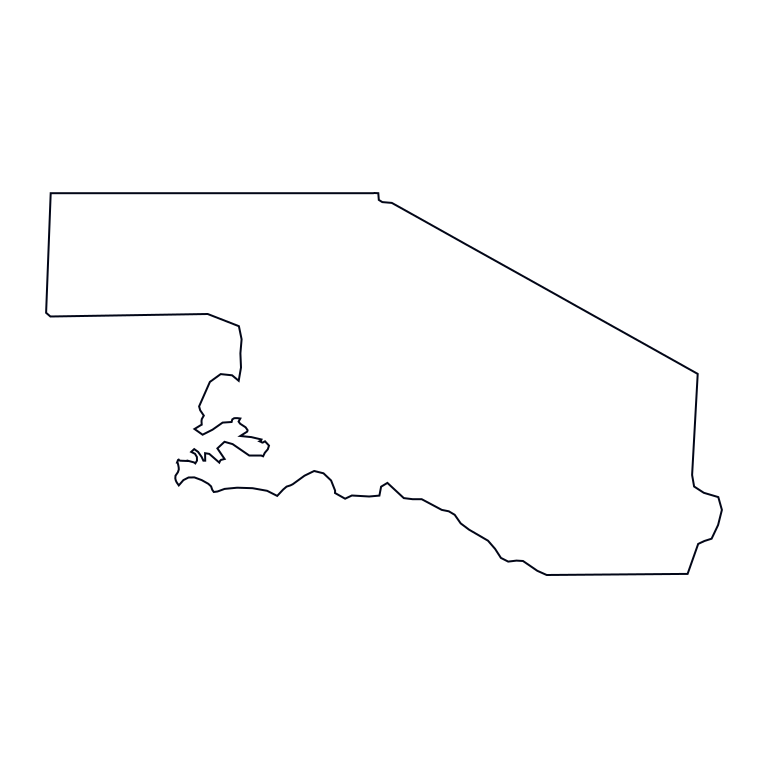 an SVG outline of Mara
{"feature_id": "TZA-3394", "entity_name": "Mara", "entity_type": "Region", "adm_level": 1, "iso_a3": "TZA", "parent_name": "United Republic of Tanzania", "parent_adm1": "", "projection": "orthographic", "projection_center": [33.712, -1.747], "detail": "fine", "context": "isolated", "style": "outline", "palette": "ink", "viewbox_px": 768, "rotation_deg": 0, "n_neighbors": 0, "source": "natural_earth", "source_scale": "10m", "svg_char_len": 2161}
<svg xmlns="http://www.w3.org/2000/svg" viewBox="0 0 768 768"><path d="M374.3,193.0L378.3,193.2L378.8,199.9L382.3,202.1L391.8,202.9L411.0,213.6L466.0,244.4L521.1,275.1L562.6,298.3L576.1,305.9L631.1,336.6L686.1,367.4L697.7,373.9L697.7,374.0L692.1,475.0L694.1,486.5L703.8,492.8L718.3,497.1L721.9,509.9L718.1,525.0L711.6,538.7L704.4,541.0L698.2,543.9L687.6,573.9L546.7,575.0L537.3,570.8L523.0,561.0L516.5,560.6L508.2,561.6L500.9,557.9L495.1,548.9L488.0,540.7L469.1,529.7L460.7,523.4L454.7,514.8L448.8,511.3L441.8,509.9L421.7,499.2L412.7,499.2L403.8,498.1L387.4,482.9L381.1,486.7L379.4,495.6L369.2,496.5L351.9,495.5L345.1,498.7L335.0,493.0L335.1,490.6L331.1,480.5L323.5,473.3L314.1,471.0L304.5,475.7L292.8,484.2L290.4,485.4L286.6,486.6L283.2,489.5L277.2,495.9L267.1,490.8L252.6,488.2L237.2,487.7L224.6,488.9L217.5,491.5L213.8,492.0L212.2,489.7L211.1,486.4L208.3,483.8L201.7,480.1L194.4,477.4L188.5,477.5L183.4,480.1L178.8,485.4L176.7,482.4L175.8,480.5L175.3,478.4L175.5,475.7L177.9,472.2L178.8,469.5L178.7,467.5L178.2,464.8L177.6,462.7L177.0,462.6L178.1,459.9L178.7,459.6L179.3,460.4L180.5,460.7L187.7,461.0L187.7,460.7L194.0,462.4L195.3,463.4L197.0,460.6L196.9,457.0L195.0,453.8L191.2,451.9L194.2,449.1L198.1,451.9L201.6,456.9L203.4,460.7L205.2,460.7L205.1,453.2L209.3,453.9L219.3,462.6L220.1,460.8L221.0,459.9L224.6,459.0L217.4,448.4L224.5,441.8L232.6,444.1L249.2,455.5L261.1,455.5L263.1,456.3L264.8,452.8L267.8,449.3L269.0,445.6L265.0,441.3L262.9,442.5L262.2,442.6L261.5,442.1L259.6,441.3L260.6,440.8L260.9,440.8L261.0,440.6L261.5,439.5L251.3,437.1L240.3,436.0L247.2,431.6L247.6,430.2L245.6,427.3L240.1,423.7L238.6,421.6L240.3,418.5L237.1,418.1L234.2,418.2L232.3,419.4L231.6,422.0L222.6,422.6L212.5,429.7L202.6,434.7L194.5,429.0L200.7,425.2L201.7,424.7L201.5,421.0L201.8,419.1L203.8,415.6L200.2,410.3L199.1,406.4L209.9,381.9L220.7,374.1L232.1,375.3L238.7,380.8L241.0,367.5L240.4,353.3L241.6,339.3L238.9,326.2L207.7,314.0L50.4,316.5L46.1,312.8L50.7,193.2L51.2,193.2L82.8,193.2L98.1,193.2L145.0,193.2L192.0,193.2L231.3,193.2L238.9,193.2L283.9,193.2L285.8,193.2L332.7,193.2L353.8,193.2L373.3,193.2L374.3,193.0Z" fill="none" stroke="#020617" stroke-width="2"/></svg>